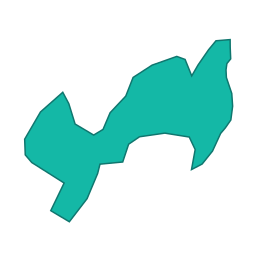 Preilu, Robinson projection, rotated 277°
{"feature_id": "LVA-1089", "entity_name": "Preilu", "entity_type": "Municipality", "adm_level": 1, "iso_a3": "LVA", "parent_name": "Latvia", "parent_adm1": "", "projection": "robinson", "projection_center": [26.704, 56.28], "detail": "fine", "context": "isolated", "style": "filled", "palette": "teal", "viewbox_px": 256, "rotation_deg": 277, "n_neighbors": 0, "source": "natural_earth", "source_scale": "10m", "svg_char_len": 701}
<svg xmlns="http://www.w3.org/2000/svg" viewBox="0 0 256 256"><g transform="rotate(277 128 128)"><path d="M162.4,229.2L148.5,229.1L140.0,224.6L133.9,220.6L115.4,214.7L101.3,206.0L94.5,196.1L114.8,197.3L126.5,189.9L127.4,165.2L120.7,140.5L112.0,130.6L93.6,126.9L88.7,104.6L79.1,103.4L52.9,96.0L27.8,81.2L36.5,61.4L65.6,71.3L82.0,36.7L88.8,29.3L104.3,26.8L133.3,39.2L155.5,58.9L144.9,66.3L125.5,75.0L116.8,94.8L123.6,103.4L141.0,108.4L159.4,121.9L178.8,126.9L193.3,144.2L205.0,167.7L203.0,176.3L187.5,184.9L199.2,189.9L215.6,198.5L225.3,204.7L228.2,218.6L220.6,219.6L209.1,221.5L204.0,218.3L197.6,218.2L190.1,219.5L174.9,226.8L162.4,229.2Z" fill="#14b8a6" stroke="#0f766e" stroke-width="1.5"/></g></svg>